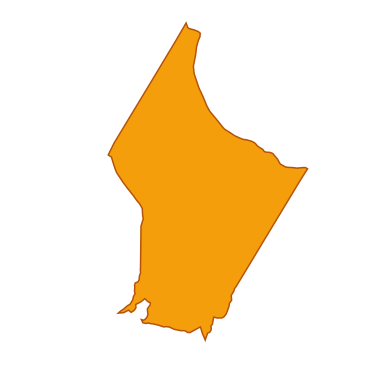 Santana do Cariri, Ceará, Brazil, rotated 211°
{"feature_id": "56859067B7744611299719", "entity_name": "Santana do Cariri", "entity_type": "district", "adm_level": 2, "iso_a3": "BRA", "parent_name": "Brazil", "parent_adm1": "Ceará", "projection": "robinson", "projection_center": [-39.766, -7.226], "detail": "fine", "context": "isolated", "style": "filled", "palette": "amber", "viewbox_px": 384, "rotation_deg": 211, "n_neighbors": 0, "source": "geoboundaries", "source_scale": "gbopen_adm2", "svg_char_len": 2092}
<svg xmlns="http://www.w3.org/2000/svg" viewBox="0 0 384 384"><g transform="rotate(211 192 192)"><path d="M104.9,271.4L107.1,271.4L108.9,270.5L114.2,266.6L119.3,264.3L120.9,263.3L124.7,261.6L128.7,261.5L130.7,261.4L135.8,264.3L142.7,266.6L145.5,266.1L149.1,264.3L150.9,263.9L153.0,264.9L157.3,265.0L159.9,265.2L162.2,266.1L164.0,266.4L167.1,266.2L172.5,264.7L175.1,263.5L178.5,262.9L184.8,262.2L189.4,262.5L196.4,262.6L199.9,263.7L205.1,265.7L212.5,268.3L218.3,270.3L223.6,273.4L231.4,279.2L239.8,284.9L251.1,294.5L255.6,300.5L256.7,303.6L259.5,311.3L260.3,313.1L262.8,318.7L264.5,324.6L265.2,329.3L266.7,332.3L269.4,332.8L274.3,331.9L278.4,330.6L280.4,330.8L284.1,333.8L283.8,312.4L283.8,274.0L284.0,193.7L282.9,180.6L279.0,180.4L276.4,178.0L272.2,174.3L270.5,172.8L268.7,171.4L266.9,170.0L265.0,169.0L258.8,166.1L256.4,164.9L253.2,163.6L251.4,162.9L249.1,161.9L246.2,160.9L243.8,159.9L240.9,158.9L238.0,157.6L235.7,156.6L233.8,155.9L231.4,155.1L228.8,153.8L225.9,152.0L224.4,149.6L223.0,147.6L221.7,145.8L220.1,144.2L218.1,136.4L215.5,132.0L212.8,127.4L200.9,107.0L197.6,101.4L196.1,98.6L194.5,96.3L193.8,92.8L192.2,89.8L192.0,87.3L193.8,84.7L193.3,82.6L191.9,80.7L190.3,77.5L188.5,75.6L188.3,71.9L187.4,69.7L187.2,67.1L187.3,63.9L188.6,61.5L189.4,59.4L190.4,56.3L191.9,53.1L192.8,50.2L188.4,53.4L185.6,58.0L182.2,57.5L180.6,60.6L180.4,63.8L182.3,66.7L179.9,70.4L178.9,72.4L177.6,76.2L173.0,75.3L170.7,75.6L169.7,73.6L170.1,69.1L168.9,67.1L166.8,64.6L166.2,61.9L166.3,59.8L167.5,57.1L169.7,56.6L166.8,54.6L163.9,55.5L161.8,57.3L160.0,57.7L157.5,58.9L154.9,59.7L152.1,60.6L149.6,61.1L146.8,61.8L144.6,63.4L141.8,64.6L138.7,64.9L136.3,65.2L132.6,66.5L129.8,67.5L128.3,68.6L126.2,69.5L123.6,69.3L121.5,70.3L115.3,80.7L110.4,76.3L104.4,71.9L105.3,76.0L105.9,79.1L104.6,80.9L104.5,83.1L105.3,85.1L106.7,86.7L106.4,89.2L109.0,95.9L105.4,97.0L101.4,99.5L100.3,101.6L99.9,104.6L100.4,108.4L101.4,113.0L102.6,116.0L102.3,119.6L103.6,121.5L105.1,123.4L105.1,128.4L105.8,131.3L105.5,133.4L105.4,158.0L105.4,183.3L105.2,258.1L104.9,271.4Z" fill="#f59e0b" stroke="#b45309" stroke-width="1.5"/></g></svg>